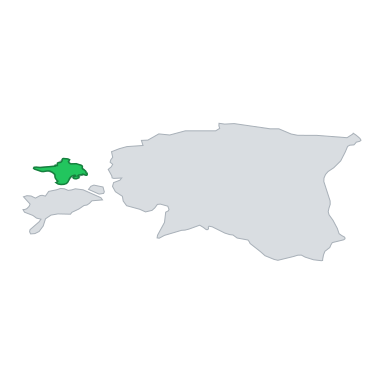 Hiiu on a map of Estonia (Equal Earth projection)
{"feature_id": "EST-1660", "entity_name": "Hiiu", "entity_type": "County", "adm_level": 1, "iso_a3": "EST", "parent_name": "Estonia", "parent_adm1": "", "projection": "equal_earth", "projection_center": [22.694, 58.888], "detail": "fine", "context": "in_parent", "style": "filled", "palette": "green", "viewbox_px": 384, "rotation_deg": 0, "n_neighbors": 0, "source": "natural_earth", "source_scale": "10m", "svg_char_len": 3645}
<svg xmlns="http://www.w3.org/2000/svg" viewBox="0 0 384 384"><path d="M322.6,260.5L321.3,260.7L313.6,259.8L305.1,257.1L301.4,255.1L297.8,255.2L293.5,256.5L277.9,260.3L274.1,259.4L265.0,255.7L260.4,251.6L250.1,243.5L249.2,241.6L247.9,240.0L237.1,238.0L233.0,235.0L229.7,234.6L224.9,233.1L212.2,226.8L209.0,226.2L208.3,227.2L208.5,228.7L207.8,229.6L206.2,229.6L203.2,227.3L199.7,225.2L188.9,229.1L185.0,230.1L181.6,230.3L164.4,235.4L159.2,238.2L157.1,237.9L157.5,235.3L164.5,222.4L165.7,212.2L168.3,210.8L169.0,209.4L167.8,206.2L160.4,204.1L157.4,204.4L154.8,207.9L152.0,210.4L145.5,211.9L139.8,209.3L126.6,205.7L123.2,201.0L122.4,196.3L115.4,191.7L112.5,186.4L113.6,182.6L119.9,180.2L121.7,178.0L113.8,178.4L112.1,177.9L111.8,175.9L108.2,169.4L111.3,166.8L112.7,164.3L110.1,162.2L110.8,159.8L112.7,157.3L111.5,151.7L119.3,148.7L126.9,146.6L143.0,145.5L141.4,140.4L147.9,140.1L158.8,133.9L169.7,135.0L185.4,130.8L215.7,130.8L219.7,128.4L218.9,125.9L219.0,123.3L224.7,124.1L234.2,123.6L270.0,128.8L278.8,128.8L291.1,134.0L297.7,135.3L317.1,135.4L347.0,137.7L352.7,134.1L353.2,133.2L356.2,135.2L359.9,138.4L361.0,140.2L359.8,141.3L356.2,142.2L355.5,143.2L353.9,144.9L349.8,145.2L347.6,146.4L345.3,151.9L340.7,160.9L333.7,167.8L328.0,171.6L325.5,174.5L324.0,178.0L323.8,181.5L330.1,200.9L330.2,204.4L329.0,208.0L328.2,211.7L329.1,214.9L333.0,220.3L337.3,228.4L339.1,233.7L341.8,235.6L344.4,237.0L345.0,237.9L345.0,238.8L343.7,239.8L332.3,242.6L330.9,244.9L329.8,247.5L324.9,251.3L323.5,254.9L322.7,259.0L322.6,260.5ZM64.4,188.8L68.2,190.4L71.7,189.9L75.3,188.8L83.1,189.8L100.9,197.7L102.5,199.9L91.9,200.8L89.5,203.3L87.0,205.0L84.0,205.5L78.9,209.0L71.9,212.3L70.5,214.2L57.9,213.9L51.0,215.1L45.5,218.8L43.2,226.0L39.1,231.5L34.9,233.6L30.6,233.9L29.6,231.8L30.0,229.7L39.1,221.8L41.0,219.2L36.5,218.1L32.8,215.4L24.5,212.2L23.0,209.6L25.0,209.4L26.8,208.7L29.0,206.5L30.1,204.1L23.5,196.8L26.9,195.7L31.1,196.0L35.4,198.1L40.1,195.6L42.1,195.3L45.4,196.1L48.7,191.4L56.6,189.8L60.6,188.4L64.4,188.8ZM80.9,175.5L76.5,178.7L73.8,177.4L72.5,175.8L66.7,183.1L60.3,184.3L56.6,182.9L56.9,180.2L53.3,173.1L47.7,171.0L39.9,170.8L34.2,167.9L56.1,165.9L58.3,162.6L62.8,159.0L66.1,158.7L68.9,159.5L69.5,162.2L70.2,163.3L80.1,164.8L84.0,169.4L85.5,175.0L80.9,175.5ZM103.6,193.4L99.1,194.1L88.5,189.4L90.9,186.3L93.9,185.1L103.0,187.0L104.3,191.8L103.6,193.4Z" fill="#d9dde1" stroke="#a8b0b8" stroke-width="1"/><path d="M46.8,171.0L43.4,171.6L41.6,171.5L34.5,169.1L33.6,168.4L34.1,167.3L36.2,167.1L40.2,167.5L56.1,166.1L55.0,165.7L55.0,165.3L55.6,165.1L56.8,165.5L57.4,165.5L57.4,163.2L58.3,162.6L59.5,162.6L60.5,162.3L61.3,161.8L62.0,160.9L62.2,160.3L62.2,159.8L62.3,159.2L62.8,158.7L63.3,158.5L65.6,158.7L67.0,158.8L68.6,159.2L69.6,159.8L68.4,161.6L68.9,162.7L69.9,163.5L70.8,163.9L76.2,163.7L81.4,165.3L82.3,166.1L82.4,166.8L82.2,167.8L82.3,168.4L82.7,169.0L83.9,169.6L84.3,170.0L84.7,170.3L85.4,170.9L85.8,171.3L86.0,171.6L86.0,171.9L86.0,172.6L86.2,173.0L86.5,173.2L86.9,173.2L87.1,173.2L87.2,174.6L86.8,175.2L86.0,175.3L83.8,174.3L83.2,174.2L82.7,174.1L82.3,174.3L82.1,174.8L81.9,175.0L81.2,174.6L80.3,174.9L79.4,174.9L78.5,175.1L77.8,175.9L78.3,175.9L78.7,176.1L78.9,176.4L79.0,177.0L78.9,177.8L78.6,178.0L78.2,178.0L77.6,178.3L76.7,178.7L75.1,178.8L73.7,178.4L73.0,177.7L73.6,177.0L74.8,176.5L75.7,176.0L75.3,175.3L74.3,175.2L73.0,175.6L71.7,176.2L70.8,176.8L69.6,178.4L67.8,182.1L66.4,183.5L64.0,184.3L61.0,184.5L58.1,184.0L56.0,182.6L56.5,182.4L57.0,182.1L57.9,181.2L57.1,180.5L56.2,179.4L55.3,178.0L55.0,177.0L55.0,175.4L54.8,174.5L54.3,173.8L51.7,171.9L50.2,171.2L48.6,170.9L46.8,171.0Z" fill="#22c55e" stroke="#15803d" stroke-width="1.5"/></svg>